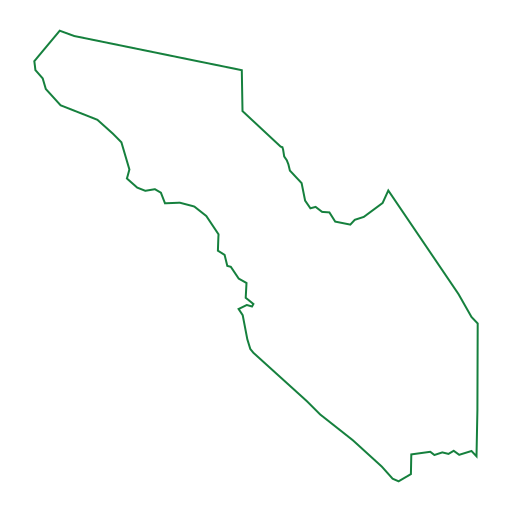 outline of Santa Rita, Guam
{"feature_id": "77769853B26973637010941", "entity_name": "Santa Rita", "entity_type": "district", "adm_level": 2, "iso_a3": "GUM", "parent_name": "Guam", "parent_adm1": "", "projection": "albers", "projection_center": [144.67, 13.403], "detail": "fine", "context": "isolated", "style": "outline", "palette": "green", "viewbox_px": 512, "rotation_deg": 0, "n_neighbors": 0, "source": "geoboundaries", "source_scale": "gbopen_adm2", "svg_char_len": 1190}
<svg xmlns="http://www.w3.org/2000/svg" viewBox="0 0 512 512"><path d="M398.6,481.3L410.9,474.1L411.3,454.4L430.3,451.8L434.4,455.0L442.3,452.4L448.5,453.9L453.7,450.8L459.2,454.8L471.5,451.0L476.5,456.3L477.4,410.2L477.7,323.5L471.5,317.0L458.5,294.1L388.3,190.5L382.6,203.0L363.8,216.9L354.8,219.8L350.3,224.6L335.2,221.6L329.4,212.4L322.1,211.9L315.6,206.9L310.4,208.3L305.1,200.6L301.6,183.1L289.9,170.6L288.4,164.4L286.8,160.3L284.2,156.5L283.1,149.6L282.4,147.2L280.6,146.6L278.9,145.0L242.5,111.1L241.8,70.2L74.1,36.0L59.7,30.7L59.4,31.1L38.7,55.9L34.9,60.5L34.3,61.2L34.5,62.6L34.9,65.8L35.4,70.1L35.5,70.2L37.0,71.9L42.7,78.4L45.8,89.0L60.6,105.3L97.4,119.8L112.9,133.7L121.4,142.3L129.4,169.5L127.6,176.1L126.9,178.5L137.2,187.6L145.3,190.8L154.9,189.2L160.9,192.7L165.0,203.3L179.8,202.7L192.8,206.1L194.4,206.6L206.3,216.0L218.5,234.3L218.5,235.2L218.4,236.5L217.9,250.7L224.6,254.9L227.3,265.9L230.8,266.8L238.7,278.6L246.5,283.0L245.7,297.8L251.2,302.2L253.4,304.0L252.0,306.5L246.8,305.0L238.6,309.0L242.7,315.2L247.3,339.2L250.3,349.0L253.4,352.8L307.0,401.3L320.2,414.5L352.9,440.3L381.8,466.6L392.6,478.7L398.6,481.3Z" fill="none" stroke="#15803d" stroke-width="2"/></svg>